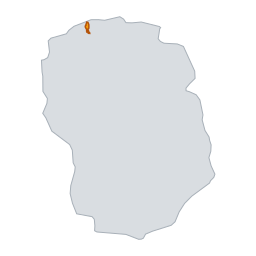 Vevchani, Vevčani, North Macedonia (highlighted), rotated 91°
{"feature_id": "65306769B55321164164480", "entity_name": "Vevchani", "entity_type": "district", "adm_level": 2, "iso_a3": "MKD", "parent_name": "North Macedonia", "parent_adm1": "Vevčani", "projection": "mercator", "projection_center": [20.592, 41.244], "detail": "fine", "context": "in_parent", "style": "filled", "palette": "amber", "viewbox_px": 256, "rotation_deg": 91, "n_neighbors": 0, "source": "geoboundaries", "source_scale": "gbopen_adm2", "svg_char_len": 1450}
<svg xmlns="http://www.w3.org/2000/svg" viewBox="0 0 256 256"><g transform="rotate(91 128 128)"><path d="M113.7,53.3L118.5,54.0L129.1,51.0L135.6,46.8L138.9,46.2L143.4,44.6L149.8,44.8L156.2,46.6L164.5,44.2L172.6,40.3L175.8,41.3L179.3,44.6L181.6,45.5L195.0,63.0L202.4,70.1L211.0,75.4L220.9,79.3L224.5,83.1L230.7,101.6L233.8,108.6L237.9,110.7L238.9,112.7L239.1,115.4L234.4,128.3L232.5,157.3L231.3,159.6L226.4,159.4L219.9,160.1L217.3,162.3L214.7,177.8L204.2,182.2L194.6,184.7L186.6,184.2L172.4,180.5L167.8,180.1L163.8,182.2L151.1,183.3L145.6,186.0L132.5,204.1L119.3,210.3L114.8,213.5L104.8,209.5L99.9,209.1L92.9,213.7L77.6,214.1L73.5,214.9L61.7,215.7L61.2,213.2L59.0,209.5L53.5,207.8L42.3,209.3L39.5,206.6L34.9,191.3L31.3,188.8L27.2,183.7L20.4,166.9L20.2,159.6L20.7,153.2L16.9,138.1L19.2,134.3L22.7,131.9L22.8,125.8L21.8,116.6L26.0,98.4L27.1,97.1L28.2,98.0L38.3,99.4L40.9,97.1L42.6,93.5L43.1,80.2L45.5,74.0L70.0,62.3L77.2,61.8L82.7,67.2L87.1,70.7L89.7,70.6L90.7,67.1L93.6,60.4L98.7,56.6L113.5,53.3L113.7,53.3Z" fill="#d9dde1" stroke="#a8b0b8" stroke-width="1"/><path d="M22.8,171.0L25.5,171.9L26.1,171.8L26.6,172.4L27.7,172.5L29.6,171.5L29.8,171.2L31.6,170.9L31.8,171.1L32.3,170.8L32.6,170.8L32.3,170.1L33.6,169.7L34.1,168.7L33.5,168.4L33.7,168.0L33.2,168.1L32.6,168.9L31.4,169.4L31.1,169.3L30.7,169.7L29.7,169.7L29.3,169.1L28.8,168.9L27.2,168.9L25.2,169.0L23.1,169.9L23.0,170.3L22.8,171.0Z" fill="#f59e0b" stroke="#b45309" stroke-width="1.5"/></g></svg>